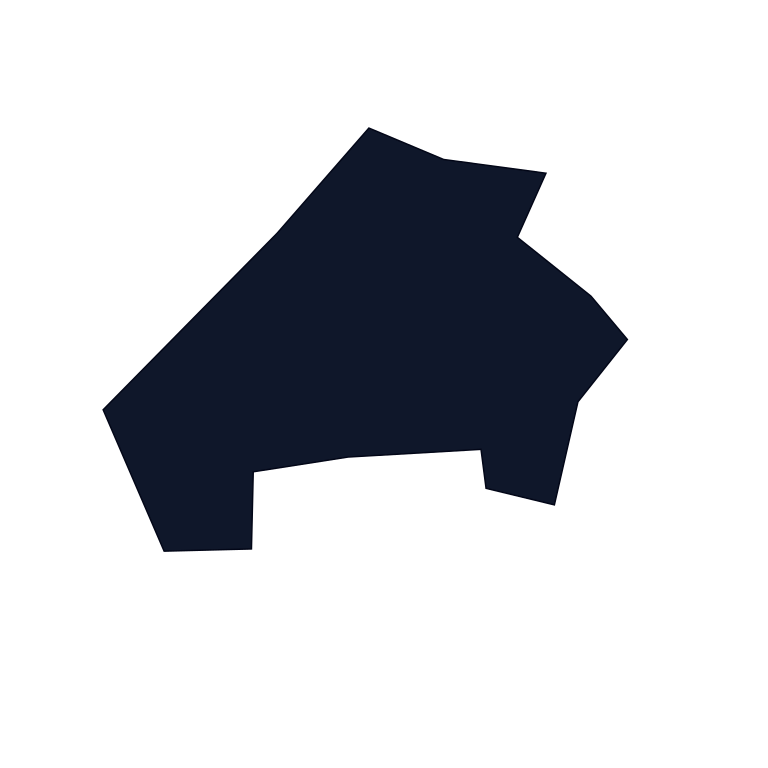 Dzhizak city, Jizzakh, Uzbekistan, rotated 127°
{"feature_id": "79887680B67219555279556", "entity_name": "Dzhizak city", "entity_type": "district", "adm_level": 2, "iso_a3": "UZB", "parent_name": "Uzbekistan", "parent_adm1": "Jizzakh", "projection": "albers", "projection_center": [67.829, 40.084], "detail": "fine", "context": "isolated", "style": "filled", "palette": "ink", "viewbox_px": 768, "rotation_deg": 127, "n_neighbors": 0, "source": "geoboundaries", "source_scale": "gbopen_adm2", "svg_char_len": 375}
<svg xmlns="http://www.w3.org/2000/svg" viewBox="0 0 768 768"><g transform="rotate(127 384 384)"><path d="M378.0,175.2L281.5,218.4L202.0,216.4L189.3,271.5L186.6,365.8L118.2,381.5L168.8,471.5L188.7,550.1L328.1,560.1L573.6,592.8L649.8,459.0L595.5,390.6L532.8,435.6L464.0,368.8L377.8,267.2L405.9,239.7L378.0,175.2Z" fill="#0f172a" stroke="#020617" stroke-width="1.5"/></g></svg>